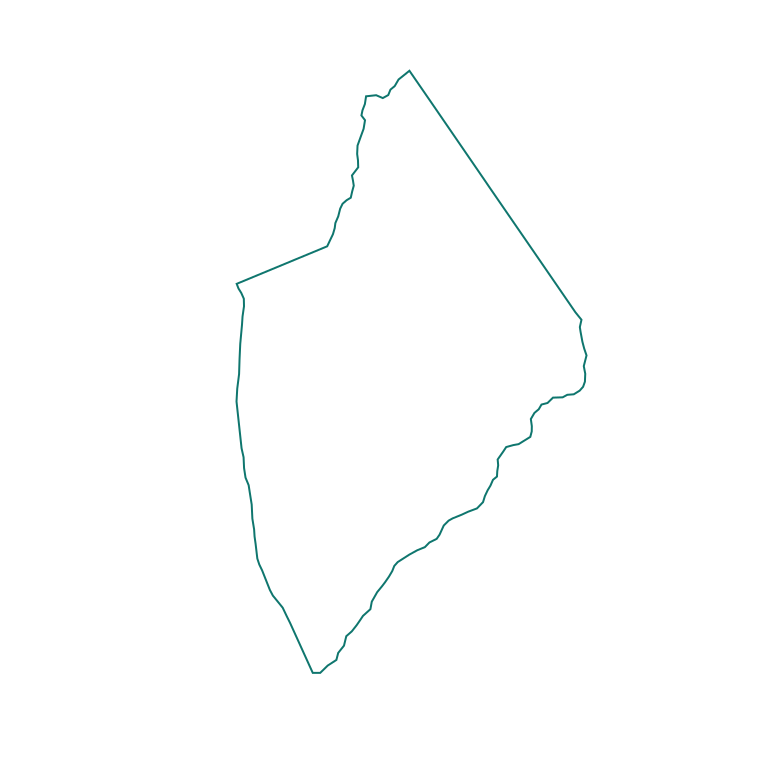 the district of Pureza, Rio Grande do Norte, Brazil, rotated 298°
{"feature_id": "56859067B14620610310527", "entity_name": "Pureza", "entity_type": "district", "adm_level": 2, "iso_a3": "BRA", "parent_name": "Brazil", "parent_adm1": "Rio Grande do Norte", "projection": "albers", "projection_center": [-35.595, -5.407], "detail": "fine", "context": "isolated", "style": "outline", "palette": "teal", "viewbox_px": 768, "rotation_deg": 298, "n_neighbors": 0, "source": "geoboundaries", "source_scale": "gbopen_adm2", "svg_char_len": 1868}
<svg xmlns="http://www.w3.org/2000/svg" viewBox="0 0 768 768"><g transform="rotate(298 384 384)"><path d="M125.1,469.8L134.2,471.5L143.6,469.1L150.5,471.7L158.3,473.1L164.4,473.8L169.4,474.3L178.8,477.7L186.1,475.4L197.0,475.7L204.5,477.2L209.4,478.0L216.2,478.8L222.7,479.1L228.2,478.5L233.2,479.7L238.7,482.8L245.3,486.5L252.8,491.4L259.2,496.7L265.4,498.5L272.0,503.2L277.0,503.8L287.1,503.2L293.7,505.2L297.6,507.7L305.0,513.9L310.8,518.3L317.8,524.5L326.2,526.9L332.4,525.7L338.8,525.4L344.3,525.7L350.6,525.2L355.3,527.2L360.3,524.9L365.8,523.0L370.7,519.8L380.4,521.0L385.7,521.5L390.8,526.9L394.1,531.1L399.3,534.1L406.0,538.0L411.5,536.7L416.2,534.3L422.0,530.1L429.1,530.4L434.4,532.5L439.8,532.7L444.0,537.3L451.3,539.6L456.1,548.0L460.5,550.9L464.0,556.4L470.0,559.9L475.0,561.1L480.4,560.3L487.5,556.9L493.6,552.0L504.3,549.4L509.3,544.1L514.5,539.3L522.3,533.1L526.2,530.2L533.4,528.2L537.2,519.3L567.2,461.7L606.8,385.5L610.8,377.9L624.0,352.6L632.6,336.1L655.7,291.8L672.5,259.4L659.7,253.9L652.1,253.6L647.0,251.5L641.1,252.1L635.9,248.7L635.3,241.5L629.6,233.1L622.2,235.7L615.6,236.5L610.5,238.0L608.0,243.4L599.7,246.2L591.8,247.3L582.1,248.7L574.5,252.3L569.3,256.0L563.2,259.5L553.1,257.8L548.8,261.3L544.9,264.2L539.1,265.5L532.9,267.2L528.7,264.7L523.7,262.8L518.2,263.0L510.5,264.9L503.3,265.5L498.5,267.3L492.3,268.6L485.1,268.9L478.9,269.2L403.3,206.9L400.0,210.7L397.4,215.2L393.5,220.2L386.9,223.9L377.2,227.4L369.9,230.7L351.8,238.3L337.9,244.9L324.7,251.4L311.0,256.6L299.3,262.0L260.4,288.4L253.4,294.4L244.1,299.9L236.3,305.7L231.1,312.0L221.9,318.9L215.4,323.8L203.3,331.0L194.6,337.6L188.6,341.3L182.4,345.8L170.4,354.1L166.1,358.6L162.2,363.9L148.6,379.9L145.0,385.2L141.8,392.8L138.9,399.6L133.2,407.3L128.9,413.3L95.5,456.7L99.0,463.3L109.0,466.5L118.0,471.5L125.1,469.8Z" fill="none" stroke="#0f766e" stroke-width="2"/></g></svg>